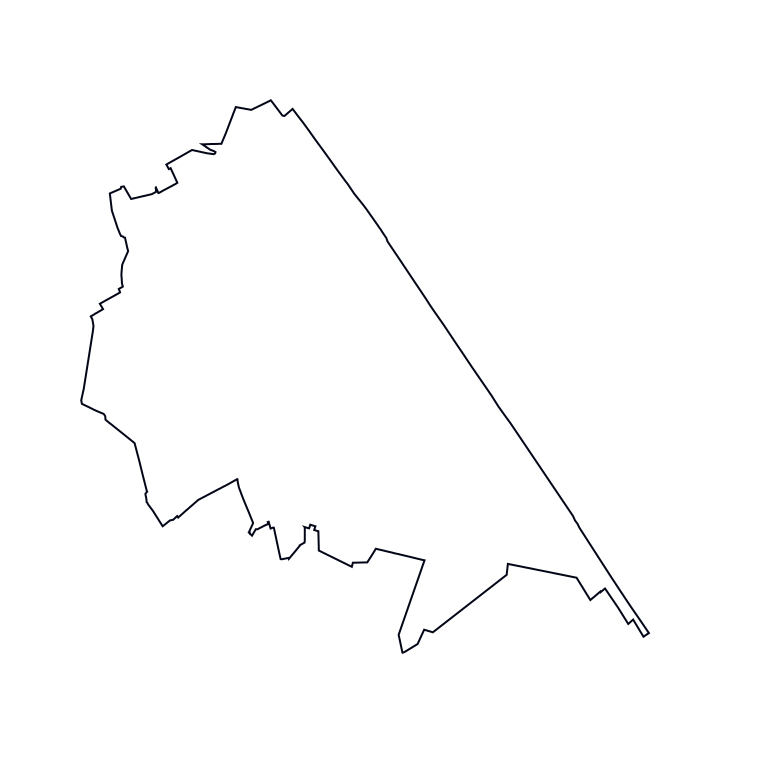 outline of Mazatán, Chiapas, Mexico, rotated 189°
{"feature_id": "50627088B67111551527480", "entity_name": "Mazatán", "entity_type": "district", "adm_level": 2, "iso_a3": "MEX", "parent_name": "Mexico", "parent_adm1": "Chiapas", "projection": "albers", "projection_center": [-92.476, 14.878], "detail": "fine", "context": "isolated", "style": "outline", "palette": "ink", "viewbox_px": 768, "rotation_deg": 189, "n_neighbors": 0, "source": "geoboundaries", "source_scale": "gbopen_adm2", "svg_char_len": 4899}
<svg xmlns="http://www.w3.org/2000/svg" viewBox="0 0 768 768"><g transform="rotate(189 384 384)"><path d="M591.8,222.0L591.3,221.3L581.8,210.5L580.3,208.9L574.0,215.8L571.6,216.7L571.1,216.8L567.6,221.2L566.4,219.9L565.1,221.5L563.9,223.0L563.1,223.9L562.3,224.9L561.4,226.0L559.8,228.0L559.3,228.6L559.2,228.6L558.8,229.1L555.9,232.6L553.6,235.3L551.8,237.5L550.5,239.0L550.4,239.1L550.2,239.4L549.9,239.8L549.5,240.2L549.4,240.4L549.0,240.7L548.2,241.3L545.0,243.7L538.3,248.7L532.8,252.8L530.7,254.4L529.5,255.2L528.6,255.9L528.0,256.4L527.6,256.7L526.5,257.5L526.0,257.9L524.9,258.6L523.9,259.4L522.3,260.6L514.1,267.1L513.8,267.0L513.8,266.5L512.9,263.7L511.4,259.8L511.0,258.9L508.7,254.9L507.5,252.7L504.7,247.9L501.1,242.0L497.5,236.2L491.5,226.2L493.1,220.4L493.2,220.2L494.2,216.4L494.3,216.3L494.0,216.0L493.3,216.2L492.8,214.8L491.3,214.2L490.6,213.6L487.9,220.5L486.3,220.7L479.1,226.0L479.1,225.9L478.2,226.5L477.2,227.1L476.2,227.7L477.2,229.5L476.4,229.9L473.4,223.5L470.5,225.2L470.6,225.6L461.1,200.9L460.0,198.1L458.7,194.9L457.9,194.8L451.0,197.3L450.6,196.4L445.1,205.6L442.0,210.9L442.1,211.4L437.6,215.0L437.9,218.0L439.8,230.0L440.1,230.3L435.8,229.7L435.4,229.7L434.8,233.5L432.8,233.2L429.5,232.7L430.1,228.9L426.9,228.4L425.8,228.3L422.3,209.3L387.2,198.4L386.8,202.6L372.6,205.2L371.7,207.3L369.7,211.8L368.9,213.7L367.9,216.0L366.9,218.5L366.3,220.0L365.9,220.0L365.0,219.9L364.0,219.8L363.0,219.7L362.0,219.7L361.1,219.6L360.1,219.5L359.1,219.5L358.1,219.4L357.1,219.3L356.1,219.2L355.2,219.1L354.2,219.1L353.2,219.0L352.2,218.9L351.5,218.9L351.3,218.9L350.3,218.8L349.3,218.7L348.3,218.6L347.4,218.5L346.4,218.4L345.4,218.4L344.4,218.3L343.4,218.3L342.4,218.2L341.5,218.1L340.5,218.0L339.5,218.0L338.5,217.9L337.6,217.8L336.6,217.7L335.6,217.7L334.6,217.6L333.6,217.5L332.7,217.4L331.7,217.4L330.7,217.3L329.7,217.2L318.8,216.3L316.4,216.2L330.3,138.6L323.8,121.6L323.7,121.5L321.8,122.5L310.1,132.5L308.2,139.4L305.9,147.6L296.9,146.4L233.0,214.7L233.5,225.7L228.7,225.5L163.5,222.8L146.4,202.9L137.8,212.9L137.5,212.3L133.7,216.6L117.9,199.8L105.2,185.2L101.1,190.3L88.2,175.0L85.2,177.8L84.3,178.6L83.4,179.4L86.0,182.2L92.1,188.7L97.6,194.5L103.9,201.1L106.0,203.3L119.9,218.4L129.2,228.6L155.2,257.7L168.5,272.6L171.1,276.3L174.0,279.1L176.6,283.1L252.8,364.9L261.4,373.5L267.4,379.6L276.1,389.5L300.3,415.0L311.2,426.8L321.4,437.7L334.1,451.5L347.5,465.4L351.5,469.7L356.0,474.8L362.0,481.3L368.6,488.4L373.7,493.9L387.8,509.2L402.8,525.3L404.5,528.5L410.1,534.5L411.5,536.2L413.0,537.6L413.7,538.3L414.1,538.8L414.5,539.2L414.7,539.6L415.1,539.9L415.6,540.4L416.1,540.9L416.5,541.3L417.1,541.9L417.4,542.3L418.1,543.0L419.2,544.1L422.1,547.1L426.0,551.1L427.8,553.0L428.7,553.9L432.2,557.3L443.0,567.1L451.4,576.1L453.6,578.1L463.5,587.9L474.5,599.1L482.7,607.3L490.0,614.5L497.8,622.5L504.1,628.8L511.4,635.7L517.2,641.3L517.3,641.4L522.7,635.0L524.2,633.2L526.3,633.2L539.7,646.1L540.2,646.5L540.4,646.3L558.0,634.0L573.7,634.3L574.9,628.5L575.0,628.3L575.3,626.9L575.5,625.7L576.9,619.1L577.0,618.8L577.0,618.5L577.1,618.3L577.2,617.8L577.4,617.0L577.4,616.7L579.6,606.3L582.2,595.8L582.3,595.8L585.7,595.2L586.4,595.0L587.1,594.9L587.8,594.8L588.6,594.6L589.4,594.5L590.3,594.3L591.2,594.2L600.2,592.4L601.0,592.3L592.3,588.2L588.7,587.5L586.7,586.7L586.9,585.3L588.0,584.4L594.9,584.2L610.2,585.1L611.6,584.0L616.6,580.0L621.6,576.0L626.5,572.1L631.1,568.5L631.4,568.2L633.3,566.7L630.1,562.6L629.4,563.1L628.5,563.8L624.9,558.4L619.6,550.4L621.4,548.8L623.3,547.4L625.2,545.9L627.1,544.5L628.9,543.1L630.8,541.7L632.7,540.3L634.5,538.8L636.4,537.4L636.7,537.3L640.1,542.5L640.2,542.4L639.1,538.2L643.0,535.2L662.7,527.2L671.9,538.5L674.4,537.6L674.6,535.7L684.6,529.3L679.9,512.7L671.7,496.7L668.1,490.7L667.6,490.1L667.3,489.7L667.0,489.1L666.7,489.0L666.2,488.9L665.6,488.9L664.8,488.8L664.2,488.3L663.7,488.0L662.7,488.0L662.3,487.0L659.1,478.9L657.5,475.2L659.0,469.5L660.4,464.0L660.5,463.8L661.0,461.6L661.1,461.4L661.2,460.8L660.8,454.4L660.6,452.3L660.4,450.5L659.5,446.8L659.1,444.9L658.9,443.9L658.7,443.0L658.5,442.2L658.0,441.2L657.4,439.8L657.2,439.3L660.8,436.4L659.0,433.3L659.0,433.2L660.3,432.1L676.1,419.7L677.2,418.8L673.2,414.0L676.3,411.4L677.8,410.2L678.7,409.4L679.6,408.8L680.4,408.1L681.2,407.4L682.0,406.7L682.8,406.0L684.0,405.1L684.2,404.9L682.2,402.3L680.0,395.9L679.8,390.4L679.8,332.1L680.2,325.9L680.5,320.4L680.4,320.3L679.3,317.2L678.4,316.9L670.1,314.4L666.4,313.2L664.3,312.6L658.0,311.0L656.8,310.8L655.9,310.4L654.4,308.7L654.1,307.8L653.5,305.2L649.6,302.8L648.7,302.4L647.5,301.7L645.1,300.4L644.9,300.2L644.7,300.1L626.1,289.5L621.1,286.6L613.4,269.1L611.0,263.3L607.4,254.8L601.5,241.1L601.1,240.6L601.6,240.1L601.7,239.5L601.9,239.1L602.3,238.6L602.5,238.1L600.8,233.5L600.5,232.4L600.3,231.7L600.1,230.7L599.9,230.1L599.0,229.5L598.3,228.3L591.8,222.0Z" fill="none" stroke="#020617" stroke-width="2"/></g></svg>